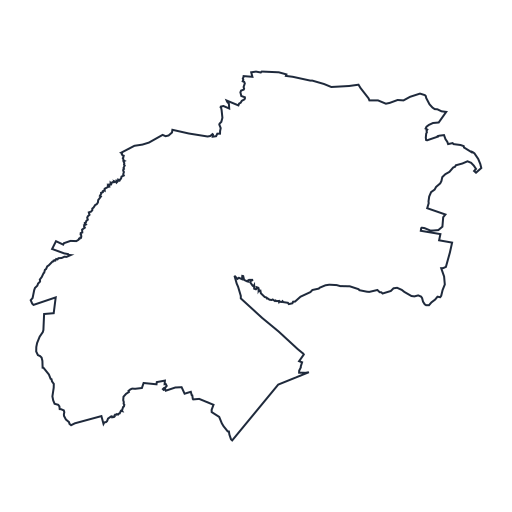 the district of Supur, Satu Mare, Romania
{"feature_id": "2599482B47171658454512", "entity_name": "Supur", "entity_type": "district", "adm_level": 2, "iso_a3": "ROU", "parent_name": "Romania", "parent_adm1": "Satu Mare", "projection": "mercator", "projection_center": [22.793, 47.46], "detail": "fine", "context": "isolated", "style": "outline", "palette": "slate", "viewbox_px": 512, "rotation_deg": 0, "n_neighbors": 0, "source": "geoboundaries", "source_scale": "gbopen_adm2", "svg_char_len": 5977}
<svg xmlns="http://www.w3.org/2000/svg" viewBox="0 0 512 512"><path d="M232.2,440.4L278.2,384.6L308.9,372.2L305.8,372.8L299.1,372.7L299.2,370.6L300.8,367.4L300.8,366.3L302.1,362.3L299.1,361.2L303.8,354.5L303.3,353.7L297.8,349.2L278.6,331.5L262.1,317.9L240.8,298.4L240.8,295.9L238.1,286.8L236.7,283.6L234.5,275.8L237.5,278.9L238.9,277.8L242.0,279.2L242.3,275.9L243.2,276.1L244.1,279.9L247.2,281.4L248.1,281.6L248.0,280.5L249.0,279.9L253.0,279.9L250.5,281.1L250.3,282.4L252.7,285.8L253.5,286.2L254.1,285.2L254.2,288.7L255.9,289.3L256.8,288.5L256.6,287.2L258.1,287.7L258.6,288.2L258.6,290.6L259.0,289.9L259.6,291.0L260.4,290.7L260.9,293.3L264.7,297.0L266.4,297.5L267.0,298.5L267.5,298.3L269.5,299.7L271.7,300.0L272.7,299.5L274.9,301.0L275.6,300.5L276.2,301.1L278.6,301.0L279.0,302.0L279.5,301.2L280.1,301.8L281.8,302.0L282.5,301.2L283.2,302.1L287.9,302.8L288.8,304.1L292.4,303.3L293.1,301.7L295.0,301.6L300.5,296.7L310.4,292.1L312.4,290.0L318.8,288.6L319.7,287.7L325.4,285.3L329.3,284.7L336.7,285.1L340.2,286.1L349.8,286.3L358.6,289.2L359.4,290.2L366.9,291.7L369.3,291.9L377.4,290.0L379.7,292.2L381.3,292.3L382.6,293.5L390.8,291.0L393.5,288.3L397.1,287.8L401.8,289.9L404.3,291.9L411.4,296.0L414.4,296.4L418.2,295.4L421.1,296.6L422.1,298.1L423.0,301.6L424.7,304.3L426.1,305.2L429.0,305.2L431.4,302.4L435.1,299.6L437.5,296.7L440.2,297.2L441.2,295.8L442.6,290.0L444.8,284.5L444.1,276.5L441.2,268.2L443.2,268.1L445.9,266.9L449.9,252.5L452.1,242.6L439.1,240.3L440.4,234.1L420.8,230.8L421.2,228.2L421.8,227.7L424.5,228.1L430.5,230.6L433.3,230.5L438.3,230.1L442.4,226.7L443.2,217.2L445.4,214.5L427.2,208.2L428.7,203.2L428.5,201.4L429.2,196.5L431.1,192.1L434.6,189.6L436.1,186.9L440.2,183.4L441.4,181.1L442.3,177.1L445.3,174.2L449.4,171.9L453.2,167.5L455.1,166.7L455.8,165.3L462.4,163.5L467.5,161.3L471.1,162.8L473.8,165.6L476.0,168.9L474.1,171.0L476.0,172.7L481.3,168.0L480.3,164.0L478.2,158.9L474.4,153.3L472.5,152.0L471.7,151.7L471.6,152.2L464.0,147.5L463.7,146.1L460.5,145.0L453.5,144.1L452.6,143.1L448.1,144.1L447.3,141.8L445.5,139.2L444.0,135.1L439.3,135.7L437.8,136.1L437.9,136.6L427.1,140.3L426.1,140.0L425.8,137.6L426.2,133.6L426.9,132.2L426.5,130.8L427.3,129.6L425.6,128.6L426.5,126.7L428.9,124.9L433.0,123.0L438.7,122.5L446.2,111.9L441.5,111.3L437.4,109.3L434.7,109.1L432.4,107.5L429.5,104.3L426.2,98.0L425.8,96.1L424.8,95.1L420.0,93.6L410.1,96.8L403.5,100.4L397.6,100.0L389.7,102.9L385.9,103.7L378.0,100.4L369.4,100.4L368.6,98.4L360.5,88.0L358.5,84.7L349.1,86.0L331.3,87.0L324.0,84.0L312.3,80.6L310.3,80.6L292.8,76.8L285.9,75.9L286.4,74.4L278.8,72.3L263.0,71.6L261.6,71.6L260.8,72.5L256.0,71.6L251.2,72.3L252.4,76.8L243.6,76.1L243.4,77.4L242.8,78.5L243.3,79.8L242.7,81.3L244.2,81.9L244.8,83.4L243.6,87.0L244.1,88.7L243.7,89.6L241.1,90.6L240.4,92.3L241.3,96.0L244.9,97.3L244.9,98.5L244.4,99.4L241.8,100.8L240.7,102.7L239.1,103.6L238.4,105.4L226.6,100.5L227.1,101.7L228.9,103.8L229.2,108.5L223.4,106.0L220.8,106.6L220.6,107.3L221.1,107.8L221.6,110.1L222.4,117.8L221.3,121.9L219.6,123.6L219.3,124.6L220.7,128.1L220.1,131.0L220.0,133.7L217.3,133.7L216.1,136.2L212.7,136.7L213.0,134.6L212.5,134.1L210.3,136.0L207.6,136.5L188.8,133.5L172.4,129.8L172.0,132.5L168.6,135.5L165.6,136.2L162.6,134.9L148.9,142.6L142.4,144.6L134.4,145.8L121.2,152.7L122.0,153.1L121.7,153.9L122.5,155.3L123.7,155.7L123.3,157.4L122.8,158.2L123.4,159.3L123.4,160.4L124.4,160.9L123.5,161.3L124.3,163.2L124.0,164.7L124.7,165.5L123.5,168.0L124.0,168.9L123.3,169.6L123.2,170.7L123.9,172.0L123.2,174.3L123.8,175.5L121.5,176.6L121.1,178.4L119.9,180.0L118.5,179.7L118.9,180.7L116.8,180.6L117.2,181.5L116.6,181.7L116.9,182.2L116.5,182.6L116.2,182.0L114.6,181.4L114.9,181.9L114.2,182.2L114.2,182.9L113.6,181.7L111.8,182.6L111.4,183.7L110.6,182.9L110.6,184.5L108.5,184.6L109.3,185.7L109.3,186.5L107.9,186.0L108.0,187.0L104.7,188.7L104.7,190.7L104.1,190.4L102.8,191.2L102.8,192.2L101.1,192.8L101.2,193.7L99.9,195.9L100.9,196.5L98.2,200.1L97.9,202.5L96.7,204.2L95.2,205.0L93.6,207.5L92.3,208.6L92.3,210.2L91.1,211.6L88.8,212.4L89.5,214.8L87.8,216.3L87.2,217.7L87.8,219.7L86.4,220.8L85.8,222.6L84.8,222.9L84.8,223.6L85.8,224.5L84.1,225.2L84.4,225.9L84.1,226.6L84.8,227.7L82.1,229.6L82.3,232.5L80.7,233.1L80.6,234.5L81.1,234.8L81.3,236.7L81.0,237.8L80.2,237.7L79.6,238.8L79.0,238.7L78.5,239.8L76.3,241.1L70.5,240.9L63.9,243.2L63.2,244.6L56.0,241.2L52.1,249.0L64.2,253.4L68.1,254.1L68.6,254.9L70.6,255.1L66.5,256.9L64.5,256.7L61.6,258.0L58.4,258.2L57.5,259.4L56.2,259.0L55.8,259.8L54.9,260.1L55.0,260.6L53.6,260.6L53.3,261.4L52.4,261.6L48.8,265.3L47.2,266.4L46.1,269.0L44.9,269.9L44.2,272.7L43.6,273.1L41.7,277.1L39.8,279.6L40.1,281.1L39.7,282.0L38.1,283.5L37.3,285.7L35.0,287.9L34.2,290.1L32.6,298.0L30.7,300.2L32.2,303.6L33.5,304.9L55.7,297.4L53.7,313.2L44.1,314.0L43.4,330.0L42.8,332.1L39.7,336.6L37.1,343.0L36.3,347.0L36.2,351.5L37.9,355.1L40.1,356.1L41.6,357.6L42.4,360.9L42.6,367.7L43.5,367.8L48.9,374.5L50.6,378.8L51.5,379.2L52.0,381.4L53.8,383.9L53.7,387.8L52.4,396.4L53.2,400.4L54.6,403.8L58.2,404.8L59.4,406.4L59.7,409.1L61.0,409.2L63.8,410.4L64.3,412.2L63.9,414.2L64.0,415.9L65.9,419.5L69.0,422.1L69.5,423.9L71.1,425.2L74.9,423.3L101.4,416.1L103.5,423.9L104.3,422.4L106.0,422.1L107.1,421.1L108.0,418.6L111.3,416.3L111.9,416.4L112.1,417.3L114.0,417.0L114.7,416.4L114.4,415.5L115.2,414.6L116.4,414.7L116.9,414.1L118.0,414.6L118.7,413.7L119.7,413.4L120.9,410.8L122.2,411.1L121.7,410.3L122.2,409.9L123.1,407.0L123.9,406.5L124.3,404.7L123.6,403.7L123.8,402.1L123.2,400.1L123.5,396.7L126.1,393.8L128.9,392.0L128.5,390.9L130.4,389.4L132.2,388.6L135.1,388.8L141.9,388.0L143.6,383.0L156.5,384.3L156.8,382.1L164.9,380.6L164.6,384.2L165.7,384.0L166.7,385.9L165.4,387.5L164.0,388.0L162.9,389.1L163.7,389.9L165.2,389.1L165.8,390.7L175.3,387.5L181.6,387.2L184.6,393.7L190.8,391.8L191.7,395.1L192.3,395.4L192.8,398.9L193.2,399.4L199.2,398.9L213.5,404.8L211.6,409.9L211.7,412.1L219.2,416.9L221.8,423.3L223.6,426.3L227.7,431.4L228.9,431.5L229.4,434.6L231.0,439.3L232.2,440.4Z" fill="none" stroke="#1e293b" stroke-width="2"/></svg>